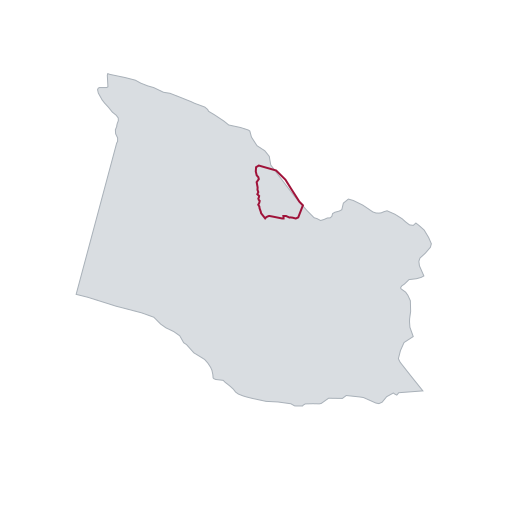 Uganda, with Hoima highlighted, rotated 105°
{"feature_id": "UGA-3105", "entity_name": "Hoima", "entity_type": "District", "adm_level": 1, "iso_a3": "UGA", "parent_name": "Uganda", "parent_adm1": "", "projection": "equal_earth", "projection_center": [31.113, 1.442], "detail": "fine", "context": "in_parent", "style": "outline", "palette": "rose", "viewbox_px": 512, "rotation_deg": 105, "n_neighbors": 0, "source": "natural_earth", "source_scale": "10m", "svg_char_len": 2921}
<svg xmlns="http://www.w3.org/2000/svg" viewBox="0 0 512 512"><g transform="rotate(105 256 256)"><path d="M339.6,419.8L334.0,419.8L324.9,419.8L315.8,419.8L306.7,419.8L297.6,419.8L288.5,419.8L279.4,419.8L270.3,419.8L261.2,419.8L252.1,419.8L243.0,419.8L233.9,419.8L224.8,419.8L215.7,419.8L206.6,419.8L197.5,419.8L188.4,419.8L183.1,419.8L182.0,419.6L181.3,419.3L177.8,420.2L174.3,423.2L170.5,424.5L166.5,424.0L165.9,424.3L163.9,424.3L160.9,424.0L158.3,424.8L156.2,427.5L154.2,432.0L150.4,437.2L147.5,441.8L145.0,445.1L139.4,450.5L136.3,452.1L134.7,451.8L133.8,450.8L132.0,443.9L130.9,442.8L119.9,446.4L118.2,446.4L118.4,444.3L117.5,428.1L117.4,418.1L118.9,411.9L119.7,404.7L119.8,398.4L121.8,387.7L121.1,381.2L123.7,358.6L124.4,354.9L125.4,344.0L127.0,340.6L128.5,339.3L130.4,332.6L134.0,321.9L136.5,316.3L135.9,304.3L136.3,296.1L136.9,294.3L142.3,291.2L149.2,283.6L152.1,274.7L156.3,269.0L164.3,265.3L188.1,234.7L199.1,218.2L204.0,209.8L204.1,206.8L205.0,202.8L203.1,199.7L200.8,196.9L200.0,194.3L198.1,193.0L195.2,193.0L193.3,191.1L191.2,187.4L189.1,185.1L182.3,185.3L177.1,181.5L177.2,176.3L179.2,166.1L183.2,154.5L183.4,151.3L182.8,148.5L181.9,146.2L180.1,143.9L178.4,141.1L179.7,132.7L182.2,124.5L184.3,120.4L186.2,115.8L185.7,112.0L182.8,110.1L184.3,106.5L187.4,100.3L193.5,94.0L198.8,89.8L202.4,89.8L209.3,93.1L215.6,97.1L219.0,97.3L223.2,95.6L231.8,88.7L233.9,90.9L236.4,95.1L239.2,102.1L244.6,105.3L247.2,107.5L249.1,108.1L250.1,107.6L252.2,102.1L254.7,99.1L259.3,95.3L269.5,92.3L276.8,91.4L279.8,90.7L285.0,88.9L293.1,83.3L301.2,90.6L309.9,92.0L318.3,91.9L320.9,89.7L322.3,88.0L331.2,76.1L343.1,59.9L351.1,82.7L353.9,84.0L353.5,86.0L352.8,87.9L358.1,93.4L364.5,96.3L366.8,99.1L367.0,102.2L364.9,115.5L365.3,119.3L367.4,132.7L371.2,135.7L374.6,149.1L381.5,154.8L382.4,156.5L384.0,163.0L386.1,170.1L387.8,171.8L388.8,172.2L390.8,179.8L389.7,184.1L391.3,197.0L393.8,208.6L394.5,222.4L394.6,228.5L394.5,232.2L393.9,237.4L392.7,240.5L390.5,243.4L388.1,248.1L386.0,253.1L384.6,255.5L385.7,263.0L385.4,264.9L384.8,265.9L381.7,267.0L377.8,269.0L375.3,271.0L371.9,274.8L369.2,278.9L365.6,291.0L359.5,300.3L358.5,303.4L352.8,309.0L350.3,315.9L348.7,324.4L346.5,330.4L341.6,338.8L340.5,351.9L340.7,378.2L339.4,408.1L339.6,419.8Z" fill="#d9dde1" stroke="#a8b0b8" stroke-width="1"/><path d="M168.2,258.7L170.4,254.8L174.7,247.3L181.7,239.8L188.7,232.1L192.3,228.2L194.9,223.8L207.8,225.2L209.5,227.3L209.5,230.9L209.7,231.8L209.8,232.8L210.2,233.6L209.6,237.3L210.3,239.9L211.5,239.4L212.6,239.1L213.0,240.6L213.6,250.1L213.9,253.7L214.8,255.0L215.9,256.2L217.3,256.9L213.4,262.1L211.9,262.9L209.0,264.9L207.3,265.6L205.9,267.1L203.7,266.6L201.8,266.7L201.0,267.9L199.9,268.6L198.5,268.4L197.2,268.5L196.0,270.7L194.7,270.5L193.7,270.3L191.7,271.7L189.3,272.2L184.5,274.5L181.0,273.2L179.2,274.2L177.9,276.2L174.4,278.1L170.2,278.9L167.9,276.7L168.0,270.7L168.2,258.7Z" fill="none" stroke="#9f1239" stroke-width="2"/></g></svg>